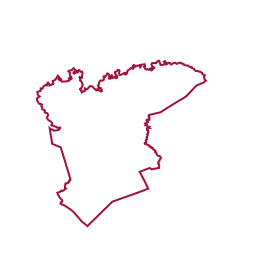 outline of Aowin, Western, Ghana, rotated 248°
{"feature_id": "2480657B72501418673064", "entity_name": "Aowin", "entity_type": "district", "adm_level": 2, "iso_a3": "GHA", "parent_name": "Ghana", "parent_adm1": "Western", "projection": "albers", "projection_center": [-2.683, 5.694], "detail": "fine", "context": "isolated", "style": "outline", "palette": "rose", "viewbox_px": 256, "rotation_deg": 248, "n_neighbors": 0, "source": "geoboundaries", "source_scale": "gbopen_adm2", "svg_char_len": 5947}
<svg xmlns="http://www.w3.org/2000/svg" viewBox="0 0 256 256"><g transform="rotate(248 128 128)"><path d="M94.5,38.2L92.8,38.1L88.2,38.9L85.5,40.0L84.9,39.8L84.1,38.9L84.2,37.8L83.9,37.5L83.0,37.1L82.0,37.8L81.3,38.8L79.6,40.3L74.0,44.2L70.3,46.2L58.7,50.1L55.4,52.0L52.2,53.5L65.6,85.9L64.4,112.6L64.2,124.0L72.7,123.5L83.0,122.4L82.8,133.2L80.9,134.3L79.4,141.8L80.2,141.9L81.2,142.8L82.0,142.9L82.6,142.7L83.5,143.2L83.7,142.8L84.3,142.9L85.5,143.8L85.8,144.9L86.4,145.1L87.0,146.1L87.5,146.4L87.7,147.2L88.7,147.3L90.3,146.8L91.2,145.1L93.2,144.8L94.4,144.9L94.6,144.5L95.2,144.8L95.8,144.2L96.6,144.8L98.0,144.2L98.3,143.7L99.8,143.1L100.1,143.4L100.7,143.0L100.7,142.3L101.2,142.0L102.1,142.1L102.7,141.5L102.7,141.1L103.5,141.2L103.9,140.6L104.6,140.7L105.6,139.0L106.3,138.9L106.8,138.6L107.0,137.7L107.3,137.6L107.8,138.0L107.8,138.5L107.5,138.8L107.8,139.6L109.1,140.0L109.8,139.8L110.5,141.3L111.0,141.1L112.1,142.2L112.9,142.1L113.2,142.9L114.0,143.5L114.0,143.3L114.5,143.6L114.9,143.4L115.0,144.1L116.2,144.6L116.6,145.5L117.2,145.3L117.8,145.6L118.3,145.5L118.7,144.9L119.2,145.2L120.0,145.3L119.5,145.9L120.2,146.0L120.4,146.4L120.9,146.8L120.4,147.6L121.0,147.3L121.2,147.9L121.7,146.7L122.0,146.9L122.7,146.5L123.6,146.6L124.0,146.3L124.1,145.1L125.1,145.5L124.8,146.3L125.8,145.9L125.5,147.0L126.2,147.4L126.1,148.7L127.2,148.6L127.5,148.8L127.7,148.3L128.2,148.1L128.6,148.4L128.4,149.0L128.5,149.2L127.8,150.2L127.7,150.8L128.1,150.7L128.4,151.4L128.7,151.5L129.2,151.2L129.6,151.2L130.0,151.8L130.7,151.8L131.1,151.5L131.5,151.7L131.5,152.2L132.2,152.5L130.4,164.1L131.9,171.8L134.3,186.2L134.7,189.5L135.7,194.2L141.7,207.2L141.8,215.0L142.7,218.0L144.2,217.1L145.2,217.5L146.9,217.5L148.1,218.9L148.6,218.8L149.2,218.3L149.8,217.2L151.4,217.4L152.9,216.0L153.4,215.9L153.6,215.0L154.4,214.5L155.1,213.3L155.4,212.3L157.1,211.3L158.3,211.3L159.8,209.6L160.3,209.9L162.3,207.3L163.2,207.3L164.6,204.7L165.7,203.4L166.7,203.5L167.5,202.0L168.4,201.8L168.7,201.0L169.1,200.8L169.3,199.2L169.1,197.4L170.9,196.1L171.1,195.6L171.2,194.3L170.7,192.7L171.0,191.4L172.5,191.3L173.4,190.0L173.0,188.5L172.6,187.9L172.6,187.1L173.7,187.4L175.1,187.6L176.1,187.3L176.0,186.1L175.1,186.6L173.8,186.0L173.7,185.8L173.4,183.7L174.2,182.5L174.3,181.8L175.8,182.0L177.6,181.9L178.6,182.1L178.9,181.8L178.8,180.1L177.6,178.5L178.5,176.7L179.1,174.6L178.3,173.6L175.8,173.4L175.0,174.4L174.4,175.0L174.0,175.0L173.8,174.8L173.8,173.4L172.7,172.2L172.6,171.3L173.5,171.3L174.7,171.6L174.7,170.2L174.1,169.7L174.1,169.1L175.5,167.7L175.5,166.7L175.9,166.2L177.5,166.1L178.7,165.6L179.0,167.0L180.8,167.3L180.8,166.9L181.6,164.8L181.6,164.0L179.8,162.5L179.6,162.0L180.6,162.1L181.1,162.7L181.6,162.9L182.0,162.3L182.0,160.5L182.5,158.9L182.1,158.2L182.2,157.2L182.7,156.8L183.6,157.5L184.3,157.1L183.9,155.8L183.6,155.5L183.2,155.4L181.6,155.7L181.0,154.7L181.8,154.4L182.5,153.1L181.7,151.2L181.7,150.1L181.0,148.8L180.0,147.9L179.4,147.9L178.3,146.3L178.9,145.2L180.2,145.8L180.6,145.2L180.2,144.4L180.0,141.2L180.1,140.4L180.5,139.9L182.3,140.3L183.0,140.6L183.7,141.4L184.5,141.6L185.2,141.2L185.7,140.3L184.9,139.2L184.7,137.5L184.9,137.1L184.2,136.6L183.5,136.4L179.8,137.4L178.7,136.8L178.7,136.2L178.7,135.6L179.0,135.5L180.2,135.9L180.4,135.7L180.6,135.1L180.0,134.3L180.0,133.7L180.9,132.7L181.7,132.6L182.7,133.0L183.1,132.5L182.5,131.2L181.2,131.6L180.5,132.3L180.2,132.1L180.5,131.2L180.3,130.1L180.9,129.0L181.2,128.8L181.5,128.9L182.0,129.9L183.2,130.0L184.3,130.4L185.8,130.1L186.3,129.2L185.3,128.1L184.0,125.9L184.4,125.5L185.1,125.2L184.8,124.6L183.8,124.2L182.7,124.1L181.7,123.6L181.5,121.7L182.4,120.3L180.8,118.0L179.1,117.1L178.5,115.9L177.0,116.3L176.4,115.6L175.6,115.4L175.3,115.9L175.6,117.1L175.3,117.7L174.2,118.0L172.0,117.7L171.8,117.0L173.8,115.1L174.6,114.0L174.7,113.0L175.5,113.3L175.6,113.1L175.1,112.7L175.6,112.2L178.2,111.0L179.4,110.9L181.1,108.6L181.1,108.2L179.4,105.2L179.2,104.5L179.6,103.6L180.9,102.8L179.7,102.3L179.0,102.4L178.5,101.9L178.4,100.9L178.8,100.2L178.3,98.6L179.3,98.4L180.2,98.8L181.0,98.8L181.2,98.4L181.8,97.9L182.4,98.5L182.4,99.2L183.0,100.1L184.8,102.2L186.0,102.3L187.1,102.1L188.0,102.3L189.1,102.0L189.4,101.5L190.1,101.3L190.6,102.0L192.9,101.9L193.4,102.3L192.7,103.0L192.2,103.2L191.8,104.3L193.5,104.9L195.8,106.3L197.1,106.5L197.5,106.5L197.8,105.2L200.0,104.5L200.1,103.8L199.7,103.1L198.6,102.7L198.5,102.1L199.9,102.2L200.5,101.6L199.9,100.9L199.4,100.8L198.9,100.4L198.5,98.5L199.0,98.1L199.9,98.2L200.8,100.5L201.6,100.7L203.8,100.1L203.5,98.8L202.6,97.5L203.2,95.7L203.0,94.0L201.9,94.5L200.4,94.8L199.9,94.7L199.5,93.9L197.8,93.7L196.9,94.6L194.8,94.2L194.6,93.3L196.1,92.8L196.3,91.7L195.7,91.6L194.3,91.9L194.1,91.5L194.1,89.7L194.6,87.4L195.4,84.9L196.0,83.8L196.5,83.7L198.3,84.4L198.6,84.1L197.9,83.1L198.1,82.4L199.4,81.8L200.4,83.3L202.7,82.6L202.1,81.6L200.8,79.9L199.7,78.0L199.9,75.8L197.1,75.4L196.7,75.0L197.2,74.3L196.8,73.5L197.0,72.4L196.8,71.1L198.4,71.4L199.9,71.1L200.1,70.4L197.9,68.8L198.8,68.0L198.4,66.9L198.5,65.9L198.3,65.2L197.1,64.4L196.6,62.9L197.4,61.9L195.1,60.8L195.5,57.5L193.6,57.0L191.5,57.0L190.4,57.9L189.5,54.5L188.4,54.2L186.7,54.1L183.9,54.6L183.6,54.8L183.3,55.9L182.0,56.8L181.9,56.3L180.7,55.8L180.2,55.8L179.9,56.3L179.5,56.3L178.9,55.9L178.0,55.8L177.4,55.5L176.0,57.3L175.6,57.4L175.0,57.4L174.3,56.7L173.6,56.7L171.8,58.8L169.7,58.7L168.2,56.8L167.5,56.6L165.4,57.0L162.9,58.9L161.7,59.4L160.7,59.4L159.3,58.0L158.4,58.7L157.7,59.9L157.1,60.3L155.9,62.0L154.9,62.4L154.7,62.7L154.1,64.2L154.1,65.0L153.9,65.2L153.2,64.9L152.5,64.0L152.2,62.3L153.2,58.6L153.7,57.9L154.9,57.4L155.4,56.1L157.1,55.3L141.7,51.8L135.2,58.4L102.6,55.5L102.0,55.0L101.5,55.1L101.4,54.5L101.0,54.0L101.1,53.6L100.6,53.3L100.1,53.3L100.0,51.7L99.6,51.7L99.4,51.4L99.6,50.5L99.4,50.2L99.9,49.2L97.8,47.8L96.4,47.3L95.1,47.8L95.2,46.6L94.6,46.1L94.0,43.4L94.9,42.8L94.2,40.7L94.5,38.2Z" fill="none" stroke="#9f1239" stroke-width="2"/></g></svg>